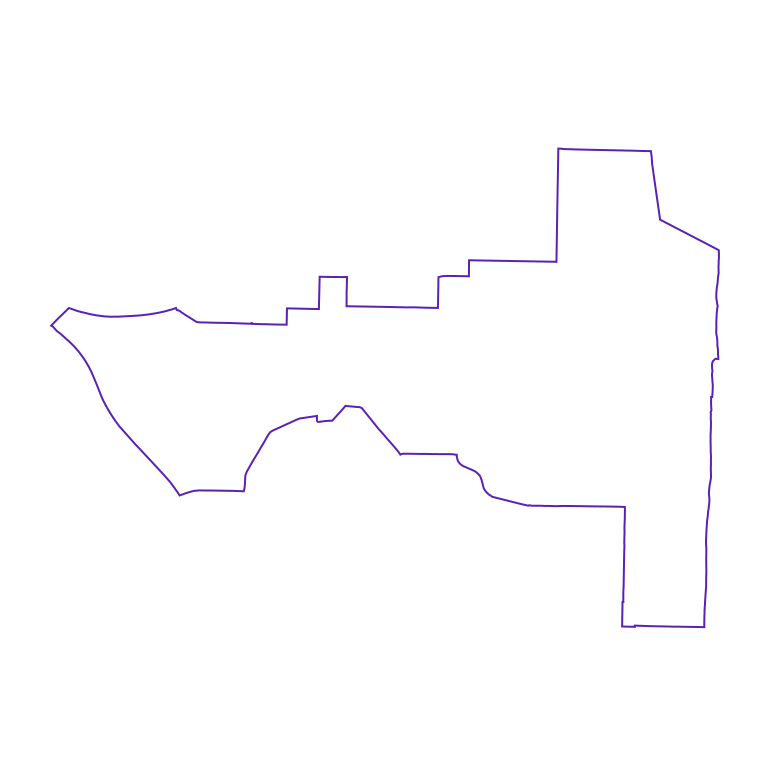 Cambridge, Western Australia, Australia (orthographic projection), rotated 181°
{"feature_id": "25037944B66566842359979", "entity_name": "Cambridge", "entity_type": "district", "adm_level": 2, "iso_a3": "AUS", "parent_name": "Australia", "parent_adm1": "Western Australia", "projection": "orthographic", "projection_center": [115.789, -31.935], "detail": "fine", "context": "isolated", "style": "outline", "palette": "violet", "viewbox_px": 768, "rotation_deg": 181, "n_neighbors": 0, "source": "geoboundaries", "source_scale": "gbopen_adm2", "svg_char_len": 5952}
<svg xmlns="http://www.w3.org/2000/svg" viewBox="0 0 768 768"><g transform="rotate(181 384 384)"><path d="M59.5,146.5L59.6,150.6L59.6,157.1L59.5,161.1L59.6,163.1L59.4,165.2L59.4,167.3L59.2,169.3L59.2,171.4L59.0,175.5L58.9,177.5L58.8,179.6L58.6,183.8L58.4,186.0L58.4,188.2L58.4,190.3L58.5,194.4L58.4,200.7L58.5,204.9L58.6,207.0L58.8,215.4L58.8,217.5L58.8,219.6L58.8,221.8L58.8,224.2L58.9,226.3L59.1,228.4L59.3,230.7L59.3,232.8L59.2,237.0L59.1,239.2L59.1,241.3L58.9,245.7L58.8,247.9L58.6,252.1L58.4,254.3L58.1,256.5L57.9,258.6L57.8,260.8L57.6,262.9L57.3,264.8L57.1,266.9L56.7,271.1L56.6,273.1L56.7,275.2L56.9,277.3L57.2,279.5L57.2,281.7L57.1,283.7L56.9,285.9L56.7,288.2L56.3,290.4L55.6,294.6L55.4,296.8L55.5,299.1L55.6,301.3L55.7,303.6L55.8,305.8L55.7,307.9L55.7,310.0L55.8,312.3L55.8,314.4L55.8,316.5L55.9,319.0L56.1,321.0L56.2,323.4L56.2,325.5L56.3,327.8L56.4,330.0L56.5,332.1L56.5,334.3L56.6,338.4L56.4,344.8L56.4,348.8L56.4,350.9L56.5,353.0L56.7,355.0L56.7,357.1L56.6,359.5L56.9,361.5L56.2,363.4L56.3,365.4L56.5,367.5L56.6,369.6L56.7,371.7L56.7,376.8L55.6,376.8L55.4,380.9L55.3,383.0L55.3,385.2L55.2,387.3L55.3,389.3L55.8,393.5L55.9,395.6L56.2,397.7L56.2,399.7L55.8,403.0L56.2,404.9L56.3,406.9L56.4,409.0L56.2,410.9L55.4,412.8L53.0,415.0L50.2,414.8L50.2,416.7L50.5,418.7L50.6,420.8L50.6,423.0L50.8,425.2L51.2,427.2L51.4,429.2L51.4,431.2L51.5,433.2L51.7,435.2L52.0,437.2L52.5,439.2L52.7,441.2L52.7,445.4L52.7,447.6L52.8,449.7L52.8,451.8L52.7,455.9L52.6,457.9L52.6,460.0L52.3,464.1L52.0,466.1L51.7,468.0L52.3,470.0L52.6,472.0L52.9,474.0L53.3,475.9L53.3,480.0L53.2,482.0L52.9,486.1L52.6,488.2L52.3,490.3L52.1,492.5L51.9,496.6L51.3,501.0L51.5,503.2L51.5,505.2L51.6,507.4L51.5,509.5L51.5,511.7L51.5,513.7L51.3,515.8L51.5,522.3L51.6,523.6L54.5,525.1L110.8,553.1L117.1,592.2L119.7,608.4L119.8,609.5L120.3,615.5L121.2,621.5L121.9,621.5L123.5,621.5L124.8,621.5L129.4,621.5L137.5,621.6L157.4,621.7L184.3,621.8L199.1,621.9L199.9,622.0L200.7,622.0L205.8,622.0L208.9,622.0L210.5,622.4L213.8,622.4L213.8,604.3L213.8,579.4L213.8,572.8L213.8,567.4L213.8,562.3L213.7,509.2L249.0,509.2L301.1,509.2L301.0,496.0L301.0,493.2L319.6,493.2L321.8,493.2L327.0,492.9L331.4,491.8L331.4,489.5L331.4,483.2L331.4,474.6L331.4,472.2L331.4,461.0L344.3,461.0L354.7,461.2L358.8,461.1L363.1,461.0L382.0,461.1L402.4,461.1L422.8,461.1L422.9,470.3L423.0,474.6L422.9,479.3L422.9,484.0L422.8,490.3L424.2,490.3L426.8,490.2L436.4,490.1L444.1,490.1L450.2,490.1L450.2,488.5L450.4,461.2L450.4,457.8L453.7,457.8L455.3,457.8L474.7,457.9L478.2,457.9L482.3,457.9L482.4,441.6L486.5,441.6L496.5,441.6L500.7,441.7L506.0,441.7L516.6,441.8L516.6,442.1L516.8,442.4L516.9,442.5L517.1,442.6L517.3,442.7L517.5,442.7L517.8,442.5L518.0,442.4L518.1,442.2L518.2,441.9L518.8,441.9L539.1,442.3L556.1,442.3L563.2,442.4L565.7,442.4L568.4,442.4L571.2,442.5L573.1,443.1L576.8,445.4L584.0,449.7L587.7,452.1L589.7,453.6L590.7,453.9L591.9,454.2L592.6,454.4L593.0,455.7L593.3,456.4L596.7,455.1L603.7,453.0L605.1,452.6L613.0,450.8L620.9,449.4L627.6,448.5L631.3,448.1L639.4,447.5L642.2,447.3L644.6,447.1L650.9,446.7L658.6,446.5L664.5,446.7L673.3,447.7L678.5,448.6L687.9,450.7L691.3,451.5L698.9,454.0L700.4,454.5L707.7,447.0L710.6,444.2L714.0,440.6L716.7,437.7L717.8,436.5L716.0,435.6L712.1,431.3L708.3,428.6L698.0,419.6L695.0,416.7L692.2,413.7L689.7,410.9L685.0,404.8L682.7,401.4L679.4,396.0L677.5,392.3L677.2,391.8L677.0,391.4L676.2,389.7L676.0,389.2L674.1,385.0L671.5,379.1L666.0,365.9L664.1,361.9L662.0,358.1L659.6,353.9L658.3,351.9L655.8,347.9L652.0,342.5L647.9,337.1L631.7,319.5L623.1,310.7L617.8,305.2L617.0,304.4L603.2,290.0L599.4,285.9L595.7,281.7L595.3,281.1L593.2,278.5L588.4,272.0L586.4,269.0L584.5,269.7L580.4,271.3L574.9,273.1L572.0,273.8L567.0,274.4L563.8,274.4L559.2,274.4L555.7,274.5L551.9,274.5L540.6,274.5L532.7,274.5L522.3,274.3L521.8,276.6L521.5,278.9L521.3,281.9L521.2,285.9L521.1,288.4L521.0,290.1L520.9,290.6L520.7,291.1L520.0,293.0L519.3,294.7L518.5,296.1L516.2,300.3L514.4,303.6L511.6,308.5L508.8,313.3L506.7,317.1L502.7,324.1L498.8,331.2L497.5,333.0L497.2,333.4L496.9,333.8L496.0,334.5L494.9,335.2L493.8,335.8L488.7,338.2L487.8,338.6L480.2,342.3L478.8,342.9L471.4,346.5L469.4,347.4L467.2,348.2L466.2,348.3L460.1,349.3L450.5,350.9L450.4,346.1L450.2,345.7L449.6,345.1L448.9,344.9L448.2,345.0L443.8,345.7L441.5,346.0L440.6,346.1L437.9,346.3L435.1,346.4L424.9,358.1L422.8,360.6L422.1,361.4L412.7,360.7L407.7,360.4L407.1,360.1L405.7,359.5L391.8,342.8L389.0,339.4L388.0,338.3L385.5,335.7L378.8,328.1L376.2,325.3L373.2,322.0L370.5,318.9L367.9,315.8L366.8,314.3L366.4,313.7L364.7,314.4L363.9,314.6L359.3,314.7L350.9,314.7L345.3,314.7L339.9,314.8L336.6,314.8L335.9,314.8L335.2,314.8L322.1,314.9L320.0,315.0L316.0,315.0L313.2,314.9L311.8,314.6L310.1,314.6L310.0,314.0L310.0,313.2L309.8,312.3L309.5,310.9L309.1,309.2L308.2,307.4L306.5,305.5L305.2,304.4L302.9,303.1L294.1,299.5L291.0,298.0L288.2,295.7L286.7,294.1L286.1,293.1L284.7,289.6L283.4,284.9L282.9,283.1L282.7,282.2L282.2,281.0L280.8,278.9L278.8,276.7L278.6,276.6L278.0,276.0L277.3,275.4L276.8,275.1L276.3,274.7L275.9,274.6L275.6,274.5L274.9,273.9L274.4,273.4L272.2,272.7L270.8,272.4L260.8,270.1L257.9,269.4L245.9,266.6L242.6,265.9L238.4,265.0L237.4,264.9L236.9,265.3L236.4,265.2L235.6,265.1L234.8,265.0L234.0,264.9L232.9,264.9L230.9,264.9L225.7,265.0L221.5,264.9L216.2,265.0L214.0,264.9L210.6,264.9L208.4,264.9L207.5,265.0L206.5,265.0L205.0,265.1L203.6,265.1L202.8,265.2L201.7,265.2L185.5,265.3L179.6,265.3L170.5,265.3L160.0,265.4L146.6,265.4L146.2,265.4L141.0,265.2L140.9,260.4L140.9,254.1L140.9,253.0L141.1,243.6L141.0,242.0L140.9,240.4L141.0,234.1L141.0,228.7L140.9,227.8L140.8,227.0L140.8,226.2L140.9,218.7L140.9,212.8L140.9,204.6L140.9,200.9L140.9,193.1L140.9,192.1L140.9,190.4L140.9,185.6L141.1,179.5L141.0,175.5L141.0,171.1L140.8,170.4L141.8,170.2L141.7,169.1L141.7,145.7L132.8,145.6L129.8,145.7L129.0,145.6L129.0,146.8L111.7,146.5L96.4,146.5L93.4,146.5L92.3,146.4L84.5,146.5L59.5,146.5Z" fill="none" stroke="#5b21b6" stroke-width="2"/></g></svg>